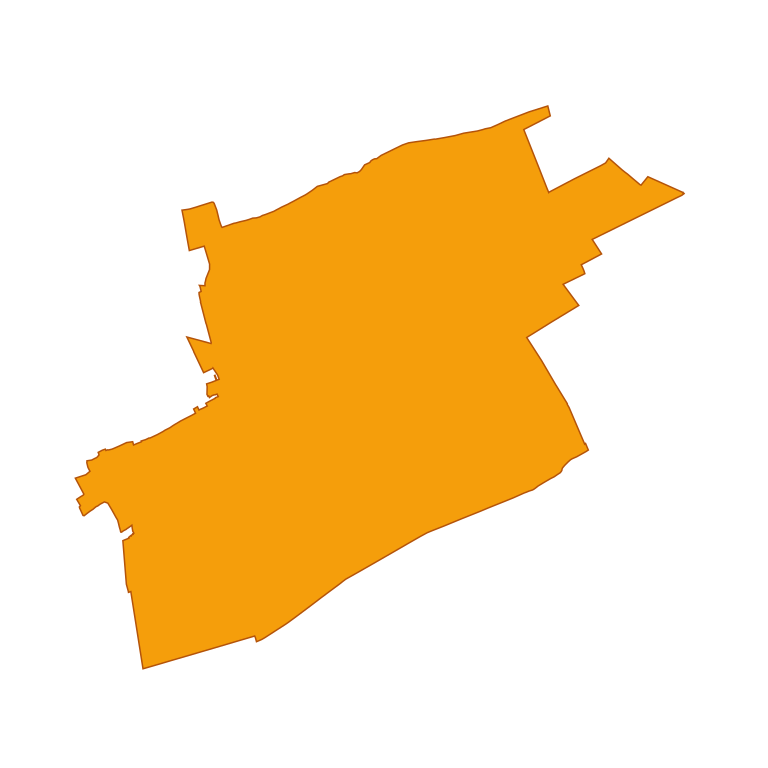 outline of Nicoresti, Galati, Romania, rotated 265°
{"feature_id": "2599482B68541646922619", "entity_name": "Nicoresti", "entity_type": "district", "adm_level": 2, "iso_a3": "ROU", "parent_name": "Romania", "parent_adm1": "Galati", "projection": "orthographic", "projection_center": [27.308, 45.921], "detail": "fine", "context": "isolated", "style": "filled", "palette": "amber", "viewbox_px": 768, "rotation_deg": 265, "n_neighbors": 0, "source": "geoboundaries", "source_scale": "gbopen_adm2", "svg_char_len": 4847}
<svg xmlns="http://www.w3.org/2000/svg" viewBox="0 0 768 768"><g transform="rotate(265 384 384)"><path d="M580.8,325.1L579.7,323.1L579.6,322.8L579.1,321.9L578.8,321.0L578.5,320.4L577.3,317.4L576.3,315.1L573.8,309.4L572.7,306.7L571.5,304.0L569.1,297.3L567.9,294.6L566.8,291.9L565.7,289.5L564.1,283.9L563.1,280.4L562.5,277.6L561.3,275.0L560.6,271.2L560.7,267.7L559.7,264.0L559.0,260.7L558.2,254.9L557.3,250.1L557.2,248.5L554.1,236.4L554.7,236.0L556.3,235.4L561.9,234.0L565.5,233.5L572.0,232.5L578.9,230.5L580.0,229.6L580.2,228.4L578.2,219.4L577.6,216.6L576.7,212.7L575.3,205.9L575.1,203.9L574.8,198.3L574.8,197.9L570.1,198.4L564.5,199.0L562.4,199.2L549.2,200.3L541.3,201.0L533.9,201.7L537.0,216.9L533.3,217.7L528.9,218.6L525.0,219.4L518.7,220.7L513.2,220.2L504.7,215.9L501.7,215.0L500.4,214.5L497.5,214.2L498.3,208.7L497.3,209.2L492.1,209.9L491.3,207.7L489.6,207.6L487.4,207.8L482.2,208.5L481.6,208.3L481.1,208.4L460.1,211.9L458.7,212.3L440.2,215.5L439.4,215.2L448.0,191.7L433.3,197.2L432.6,197.3L411.0,205.3L414.6,214.9L414.8,215.0L407.5,219.0L403.1,220.2L402.4,217.8L407.4,216.4L407.2,215.9L402.2,217.2L400.8,212.5L399.6,207.3L396.8,207.6L393.2,207.2L391.5,207.0L390.3,206.9L389.3,206.7L387.1,207.5L387.4,208.3L385.7,208.9L387.4,211.7L388.0,213.9L387.9,214.6L388.5,216.8L385.9,217.8L385.2,215.4L385.0,214.8L384.5,214.6L382.2,209.0L380.3,204.8L377.5,206.0L375.9,202.1L375.2,200.2L374.9,199.0L374.2,197.4L377.6,196.2L375.7,192.2L371.3,193.7L369.1,188.6L367.3,184.1L365.0,178.4L362.6,173.5L361.8,171.8L360.7,169.7L359.1,166.9L356.9,161.4L356.1,160.1L353.2,153.4L350.6,146.2L350.7,145.2L349.3,141.5L348.4,137.2L347.8,137.4L347.4,136.9L347.2,136.1L346.4,133.3L345.1,129.2L348.4,128.6L348.1,122.5L345.3,114.9L343.4,109.2L342.8,107.3L342.3,103.8L342.5,102.7L342.0,101.2L343.4,100.7L342.6,97.6L340.8,93.3L338.9,93.8L338.2,93.9L337.4,93.1L336.5,92.3L335.7,91.2L335.1,89.5L333.7,86.1L333.4,81.4L331.9,81.2L331.7,81.1L331.4,81.1L329.2,81.4L328.7,81.5L327.8,81.6L326.8,81.8L325.2,82.4L322.7,83.5L319.6,79.1L317.1,68.3L300.5,75.4L299.7,74.9L299.2,74.1L298.2,72.0L295.9,67.8L289.2,71.0L288.1,69.8L286.9,70.0L279.3,72.7L278.9,73.8L281.2,77.3L283.1,80.4L284.5,83.1L285.8,84.9L286.9,86.5L287.5,88.3L289.0,90.7L290.9,95.2L289.4,98.5L285.9,100.2L283.4,101.4L281.5,102.3L280.5,102.7L279.5,103.2L277.2,104.2L274.7,105.3L271.6,106.8L269.8,107.1L268.1,107.4L266.7,107.6L266.0,107.7L264.7,107.9L263.6,108.1L261.2,108.6L260.0,108.7L259.3,109.0L259.3,109.7L259.9,110.7L260.6,111.8L261.1,113.2L261.5,114.0L261.6,114.4L262.0,114.9L262.3,115.3L262.7,116.1L263.0,116.7L263.3,117.2L263.9,118.2L264.4,119.1L265.3,120.5L262.9,120.6L260.2,120.8L259.8,120.9L259.5,120.8L257.2,121.8L256.8,121.2L256.7,120.7L256.1,120.9L255.8,120.0L255.5,119.3L255.1,119.1L254.7,118.9L255.0,118.5L254.6,118.0L254.5,117.7L254.0,117.1L253.4,116.3L252.7,116.5L252.1,114.7L251.4,112.4L250.7,110.2L207.0,109.9L199.8,111.2L198.7,111.3L199.3,113.7L121.3,119.1L123.4,129.8L124.9,137.3L127.2,148.6L132.7,176.2L144.2,233.2L142.4,233.8L138.4,234.5L139.6,238.3L140.2,240.0L141.7,243.2L147.9,254.9L153.5,265.5L155.0,268.1L160.8,277.6L169.4,291.4L176.5,302.6L182.8,312.8L189.2,323.2L190.9,325.7L192.9,328.9L194.0,331.3L197.3,338.6L201.2,347.1L211.7,369.8L222.9,393.8L229.0,407.0L231.4,412.5L232.1,414.1L233.9,419.9L237.3,431.4L243.1,449.9L248.9,469.1L251.5,477.2L256.2,492.7L259.3,502.8L263.2,514.1L263.8,516.3L264.7,519.2L265.5,522.8L266.3,524.5L267.6,526.6L269.0,528.7L272.0,534.8L275.3,541.8L276.7,545.4L278.7,548.9L279.5,550.4L280.3,551.9L281.4,552.9L282.3,553.6L283.2,553.8L284.4,554.3L284.9,554.6L287.2,556.9L290.0,560.2L292.3,563.2L293.1,564.9L293.5,566.0L294.7,569.6L295.5,571.4L297.3,575.4L299.1,579.4L300.4,581.8L307.2,579.6L306.6,578.7L307.8,578.3L313.3,576.5L344.5,566.3L347.7,564.8L348.4,564.9L367.3,555.5L368.0,555.1L393.4,543.1L417.9,530.2L431.6,557.2L445.3,584.9L447.5,583.5L467.7,571.1L476.4,593.7L479.5,593.0L482.3,592.1L485.6,590.9L494.6,612.1L509.9,604.0L541.7,685.9L542.8,688.7L543.9,691.5L545.4,695.5L546.0,697.1L546.7,698.2L547.9,700.2L547.0,698.3L548.8,698.7L549.1,697.9L567.5,664.9L559.7,657.4L560.5,656.1L561.3,655.4L566.6,650.1L571.9,644.9L574.1,642.4L576.4,640.0L589.3,627.7L584.9,624.0L582.6,618.9L571.7,591.3L560.7,565.1L560.4,564.8L565.1,563.3L585.5,557.3L625.3,545.4L634.8,568.6L636.6,573.0L638.5,572.7L646.7,571.4L644.6,561.9L642.5,552.4L635.4,527.7L632.3,519.4L630.0,512.6L629.4,507.0L628.9,504.9L627.9,499.1L626.9,485.2L625.3,476.6L624.2,465.7L623.4,456.2L623.6,455.6L623.0,447.0L622.6,437.7L622.1,429.5L620.5,423.2L617.6,415.6L612.0,401.1L609.1,396.4L609.1,394.1L608.3,391.9L607.3,390.3L606.8,389.8L605.9,389.2L604.0,383.8L599.5,380.1L597.8,378.1L596.7,375.6L597.2,373.2L596.4,369.3L596.4,367.3L596.1,363.1L596.0,362.6L595.0,361.0L594.4,358.4L589.9,346.5L589.3,345.9L588.6,345.2L586.7,334.8L583.2,329.4L580.8,325.1Z" fill="#f59e0b" stroke="#b45309" stroke-width="1.5"/></g></svg>